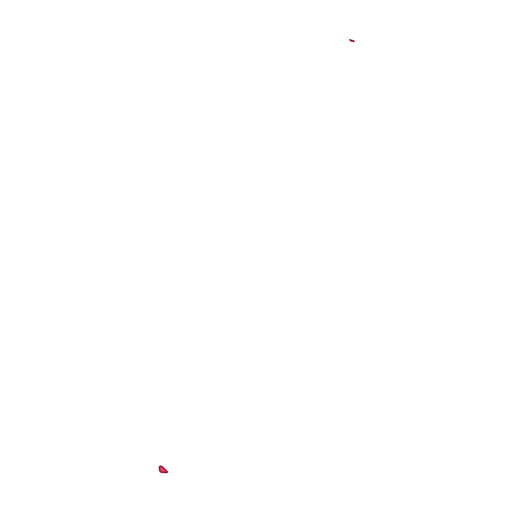 outline of Hatohobei + Helens Reef, Palau, rotated 291°
{"feature_id": "81905179B51306055361001", "entity_name": "Hatohobei + Helens Reef", "entity_type": "district", "adm_level": 2, "iso_a3": "PLW", "parent_name": "Palau", "parent_adm1": "", "projection": "albers", "projection_center": [131.501, 2.992], "detail": "fine", "context": "isolated", "style": "filled", "palette": "rose", "viewbox_px": 512, "rotation_deg": 291, "n_neighbors": 0, "source": "geoboundaries", "source_scale": "gbopen_adm2", "svg_char_len": 726}
<svg xmlns="http://www.w3.org/2000/svg" viewBox="0 0 512 512"><g transform="rotate(291 256 256)"><path d="M21.7,242.7L21.3,243.0L21.0,243.3L20.7,243.6L20.5,244.1L20.3,244.6L20.3,245.3L20.4,246.0L21.1,247.8L21.5,249.4L21.9,250.1L22.4,250.6L22.6,250.6L23.1,249.7L23.5,248.7L23.9,247.7L25.5,244.2L25.7,243.1L25.5,242.0L24.7,241.5L23.1,242.0L21.7,242.7ZM491.2,266.5L491.1,267.0L491.0,267.5L490.9,267.8L491.0,268.1L491.0,268.3L491.1,268.7L491.4,269.4L491.5,269.7L491.5,269.9L491.4,270.2L491.3,270.4L491.4,270.5L491.6,270.5L491.6,270.4L491.6,270.2L491.7,269.9L491.7,269.5L491.7,269.1L491.6,268.6L491.5,268.1L491.5,267.2L491.5,266.8L491.4,266.5L491.4,266.4L491.2,266.5Z" fill="#f43f5e" stroke="#9f1239" stroke-width="1.5"/></g></svg>